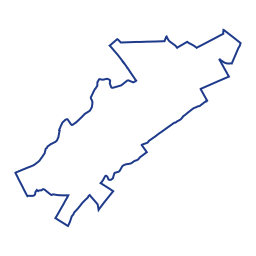 Silistea, Constanta, Romania (Robinson projection)
{"feature_id": "2599482B45895397072447", "entity_name": "Silistea", "entity_type": "district", "adm_level": 2, "iso_a3": "ROU", "parent_name": "Romania", "parent_adm1": "Constanta", "projection": "robinson", "projection_center": [28.219, 44.429], "detail": "fine", "context": "isolated", "style": "outline", "palette": "blue", "viewbox_px": 256, "rotation_deg": 0, "n_neighbors": 0, "source": "geoboundaries", "source_scale": "gbopen_adm2", "svg_char_len": 5320}
<svg xmlns="http://www.w3.org/2000/svg" viewBox="0 0 256 256"><path d="M231.8,63.5L232.5,61.8L238.5,47.8L239.5,46.3L239.7,45.9L240.6,43.1L233.4,37.4L229.4,34.3L223.8,30.0L223.5,29.9L223.5,30.3L223.2,31.8L223.3,33.8L218.5,36.3L214.2,38.6L203.5,44.2L196.9,47.6L196.7,47.8L195.5,46.9L194.2,45.9L190.6,43.9L188.9,43.1L187.8,42.3L187.3,41.8L187.2,41.8L184.0,43.7L179.5,46.3L177.3,47.6L177.1,47.8L177.0,47.7L176.4,46.8L176.2,46.6L176.0,46.4L175.9,46.2L175.2,45.5L170.7,42.2L169.4,41.2L168.7,40.4L167.6,38.7L166.6,36.5L166.2,36.8L164.5,41.2L155.6,41.5L146.7,41.7L138.6,42.0L137.4,41.9L132.1,42.1L126.9,42.3L120.8,42.5L118.5,40.1L117.6,39.3L117.2,39.2L114.9,41.2L112.3,43.4L110.7,44.8L110.0,45.4L109.7,45.6L111.2,47.2L114.4,51.0L117.7,54.8L117.8,54.9L121.0,59.1L123.6,62.4L123.3,62.4L124.0,63.3L125.7,65.3L126.1,65.9L127.1,67.5L127.3,67.9L127.5,67.9L131.0,73.2L133.6,77.0L135.7,80.1L136.2,80.6L136.0,80.9L133.9,82.1L133.4,82.3L132.9,82.2L131.3,81.6L128.8,80.5L128.3,80.4L127.2,80.6L126.4,81.3L125.7,81.8L122.6,84.3L121.3,85.3L120.9,85.5L117.7,86.4L112.8,87.8L111.8,87.7L111.3,87.4L110.0,84.0L109.8,83.5L109.9,82.3L110.0,82.0L110.0,81.9L110.1,81.1L110.1,80.4L109.9,80.1L109.3,79.7L107.3,78.8L107.0,78.8L106.5,78.9L104.8,79.3L103.0,79.7L102.6,79.7L101.7,79.6L100.1,79.2L99.5,79.2L99.2,79.2L98.4,80.5L98.0,81.3L97.4,82.2L97.3,85.9L97.0,86.2L95.6,88.4L95.0,89.0L94.1,90.6L93.6,91.5L93.3,92.2L91.2,96.7L90.9,97.1L90.8,97.7L91.0,98.7L91.3,99.3L91.8,100.0L92.5,102.1L92.4,102.4L92.3,104.1L92.0,106.5L92.0,106.4L91.8,107.3L90.9,108.9L90.1,110.3L89.7,110.8L86.6,112.8L85.5,113.4L84.7,114.0L82.4,116.4L79.2,119.5L77.1,121.5L76.0,122.4L76.0,122.5L74.4,123.5L73.0,124.6L72.4,124.8L72.0,125.0L71.7,124.9L71.3,124.6L70.5,123.6L68.7,121.0L68.0,119.9L67.6,119.4L67.0,119.2L66.3,119.4L65.6,119.7L65.4,119.8L64.7,120.4L63.8,121.3L62.9,122.1L62.3,122.8L61.7,124.1L60.5,126.7L60.0,128.2L59.5,129.0L59.2,130.1L59.6,130.2L59.7,130.3L59.0,133.7L58.5,136.6L58.4,137.2L58.2,137.7L57.7,138.6L57.4,139.5L57.1,140.2L56.9,140.4L56.1,141.3L54.9,142.2L54.5,142.3L54.3,142.4L53.5,142.8L52.0,143.6L51.3,143.9L50.8,144.1L50.4,144.4L50.1,144.7L47.8,146.3L47.5,146.5L47.3,147.1L47.0,147.8L46.8,148.0L46.6,148.1L45.9,148.6L45.7,148.8L45.6,149.1L45.5,149.7L45.2,151.0L44.6,153.2L44.4,153.7L44.2,154.0L43.1,155.4L42.7,156.2L41.8,157.4L40.2,159.6L39.8,160.3L39.2,160.9L38.8,161.3L38.1,161.9L36.4,163.2L35.1,164.2L34.1,164.9L33.2,165.4L31.1,166.3L27.7,167.6L21.4,170.2L15.4,172.7L15.4,172.8L18.2,178.3L18.2,178.5L19.8,181.5L21.5,184.8L23.1,187.9L23.8,189.4L26.3,194.2L27.4,196.2L28.0,195.9L28.5,195.8L29.6,195.8L31.7,195.9L32.6,195.9L33.7,195.6L34.5,195.1L34.8,194.7L35.2,194.0L35.3,192.5L35.4,192.1L36.8,190.0L38.1,191.1L38.5,190.7L39.1,190.5L40.4,190.3L41.1,190.4L41.6,190.3L42.0,189.9L42.5,189.4L42.9,189.2L43.5,189.2L44.3,189.5L44.9,189.9L47.3,191.9L51.0,194.8L51.8,195.0L52.4,194.6L52.5,194.5L52.8,194.4L53.4,194.4L57.8,195.1L58.8,195.2L59.3,195.2L61.5,195.3L68.3,195.3L67.8,196.3L67.3,197.3L64.9,201.5L63.3,204.5L62.0,206.7L59.4,211.3L56.9,215.7L55.4,218.1L59.5,220.7L65.6,224.5L66.1,224.9L67.1,225.5L68.0,226.0L69.0,223.9L69.9,221.9L70.6,219.8L71.2,218.0L71.5,216.9L72.0,216.0L72.8,215.1L73.3,214.6L73.6,213.8L74.1,212.6L75.0,211.6L77.3,209.2L80.2,205.7L80.3,205.6L81.3,204.2L82.0,203.3L83.3,201.9L85.3,199.9L86.9,198.4L87.6,197.8L87.9,197.4L88.2,196.7L88.6,196.0L89.1,195.5L89.7,195.1L89.8,195.3L91.1,196.8L96.8,203.3L96.9,203.5L97.6,204.2L97.7,204.6L98.6,209.9L99.9,208.0L104.0,202.6L110.1,195.0L113.2,191.2L108.8,188.3L100.6,183.1L101.1,182.6L101.7,182.0L102.3,181.2L103.1,180.0L104.0,178.3L104.6,177.2L105.1,176.3L105.3,176.1L105.6,175.8L105.9,175.8L106.4,175.9L106.8,176.2L107.2,176.5L107.5,177.0L107.8,177.7L108.1,178.6L108.4,179.2L108.7,179.5L109.2,179.8L109.7,179.9L110.4,179.9L110.8,179.8L111.6,179.3L112.4,178.8L113.0,178.0L113.3,176.8L114.0,174.5L114.3,173.4L114.6,173.0L115.1,172.7L116.8,172.3L118.3,171.8L119.0,171.5L119.4,171.1L119.7,170.7L120.4,169.7L121.0,168.4L121.6,167.5L122.1,166.5L122.5,166.0L123.2,165.5L124.2,165.0L125.7,164.4L127.1,164.1L128.1,164.0L129.7,163.7L130.7,163.5L131.1,163.3L132.0,162.7L133.2,161.9L133.9,161.3L134.3,161.1L135.2,160.7L136.5,160.3L137.2,160.0L137.8,159.7L138.4,159.2L139.0,158.4L139.6,157.7L140.2,157.0L141.4,156.2L142.8,155.2L144.1,154.2L145.0,153.5L146.8,152.2L142.2,145.7L141.7,145.0L142.0,144.7L143.7,144.0L144.1,143.9L144.8,143.7L145.5,143.4L146.8,143.0L147.5,142.6L148.2,142.0L148.4,141.8L148.7,141.0L155.3,136.4L158.8,133.7L159.3,133.3L160.7,132.4L162.7,131.0L168.1,127.1L174.3,122.7L174.7,122.7L175.3,122.7L176.8,121.7L177.3,121.2L177.8,121.0L178.8,120.5L179.5,120.1L180.6,119.4L181.1,119.0L181.9,118.0L182.6,117.4L182.8,116.5L184.5,115.4L185.6,114.5L187.4,113.0L190.7,110.4L192.9,108.7L194.0,108.0L195.1,107.6L195.9,107.3L196.5,107.1L197.7,106.4L197.9,106.3L198.9,106.2L199.5,106.1L199.9,105.9L200.9,105.0L201.7,104.4L202.0,104.2L202.9,103.6L203.5,103.0L203.9,102.6L204.3,102.4L205.4,101.8L206.2,101.5L206.0,101.1L206.3,100.9L206.9,100.7L207.1,100.6L204.5,96.0L200.6,89.0L200.6,88.9L203.4,87.7L208.4,85.5L218.4,81.1L228.9,76.6L223.6,67.1L220.9,62.2L219.5,59.7L219.9,59.4L220.1,59.6L220.5,60.0L221.3,60.5L222.2,61.1L223.5,62.0L224.2,62.5L224.7,62.7L225.5,63.0L226.3,63.3L226.6,63.3L227.9,63.5L229.2,63.5L229.7,63.5L230.6,63.4L231.1,63.4L231.8,63.5Z" fill="none" stroke="#1e3a8a" stroke-width="2"/></svg>